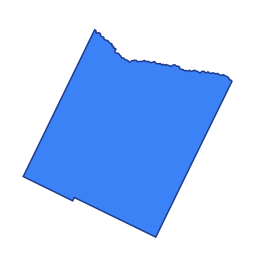 Kittson, Minnesota, United States of America, rotated 116°
{"feature_id": "52423323B36938484701333", "entity_name": "Kittson", "entity_type": "district", "adm_level": 2, "iso_a3": "USA", "parent_name": "United States of America", "parent_adm1": "Minnesota", "projection": "mercator", "projection_center": [-97.14, 48.772], "detail": "fine", "context": "isolated", "style": "filled", "palette": "blue", "viewbox_px": 256, "rotation_deg": 116, "n_neighbors": 0, "source": "geoboundaries", "source_scale": "gbopen_adm2", "svg_char_len": 2246}
<svg xmlns="http://www.w3.org/2000/svg" viewBox="0 0 256 256"><g transform="rotate(116 128 128)"><path d="M217.6,200.9L217.7,145.8L214.0,145.8L213.9,55.2L121.8,55.2L40.5,55.0L39.9,56.1L39.9,56.5L40.1,57.3L40.0,58.0L39.3,58.7L38.7,59.8L38.4,60.8L38.5,63.2L38.3,65.2L38.3,65.9L38.6,66.3L39.7,66.8L39.9,67.3L40.0,67.8L40.0,68.6L39.7,71.1L39.8,71.6L40.7,72.6L40.9,73.3L41.0,74.9L41.4,76.3L42.6,77.1L42.8,77.7L42.9,78.4L42.5,79.3L42.5,80.2L42.7,81.0L43.8,81.5L44.2,81.9L44.3,82.8L43.9,84.1L43.9,84.7L44.3,85.9L44.9,86.4L46.8,87.3L47.0,87.8L46.9,89.2L46.5,90.1L47.0,91.5L47.0,92.1L46.8,93.0L47.0,93.6L48.5,95.1L49.1,95.4L49.4,95.8L49.5,96.2L49.2,97.7L49.2,98.1L49.6,98.5L50.3,98.9L50.7,99.6L50.9,101.1L51.7,102.3L51.7,103.3L51.4,104.0L51.3,104.4L51.9,105.7L52.1,107.0L52.0,107.4L51.6,107.7L50.7,108.3L50.5,108.8L50.5,110.0L51.2,111.4L50.7,113.4L51.0,114.2L51.4,114.8L52.0,115.4L53.2,115.8L53.8,116.2L53.9,116.7L53.9,117.0L53.7,117.6L53.7,118.1L54.2,119.5L54.2,120.9L54.3,121.6L54.7,121.9L55.4,122.1L55.6,122.5L55.4,123.2L55.4,124.4L55.6,124.7L56.2,125.1L56.4,125.4L56.3,126.4L56.0,126.7L56.0,127.1L56.0,127.4L56.3,127.8L56.5,128.1L57.6,130.2L57.6,130.9L56.8,132.9L56.8,133.5L57.1,133.8L58.5,135.0L59.3,136.4L59.3,139.1L59.4,139.5L60.2,140.2L60.3,140.6L60.2,141.8L60.0,142.4L60.1,142.8L60.4,143.2L62.0,144.5L62.5,145.1L63.1,146.9L64.2,148.3L64.0,149.6L63.6,150.2L63.8,151.1L65.8,154.0L67.9,155.2L68.1,155.6L68.2,156.0L68.1,156.4L67.6,157.2L67.5,157.8L67.6,160.4L67.6,161.5L67.3,161.9L67.0,162.5L67.5,163.4L67.5,164.5L67.2,165.2L66.6,165.8L66.4,166.4L66.0,167.9L65.2,169.0L65.1,169.5L65.6,170.7L65.9,172.2L65.8,172.7L65.6,173.1L65.2,173.5L64.4,173.6L63.2,173.2L62.3,173.7L62.1,173.9L62.1,174.5L62.5,175.1L62.5,175.7L62.4,176.3L62.2,176.5L61.3,176.4L61.0,177.1L61.1,177.9L61.0,178.7L60.7,178.9L60.0,178.9L59.7,179.2L59.5,180.2L59.7,180.8L59.5,181.8L59.0,183.1L58.6,183.6L58.4,184.1L58.3,184.9L58.7,185.5L58.8,186.1L58.6,188.3L58.4,188.8L58.1,189.1L57.4,189.2L57.1,189.7L57.1,190.5L57.3,191.1L57.3,192.1L57.1,192.7L56.7,193.5L55.5,194.0L55.2,194.6L55.2,195.8L55.3,196.3L55.7,196.8L56.2,197.1L56.6,197.8L56.6,198.3L56.3,198.7L55.8,198.7L54.8,199.3L54.5,199.7L54.4,200.1L54.3,201.0L217.6,200.9Z" fill="#3b82f6" stroke="#1e3a8a" stroke-width="1.5"/></g></svg>